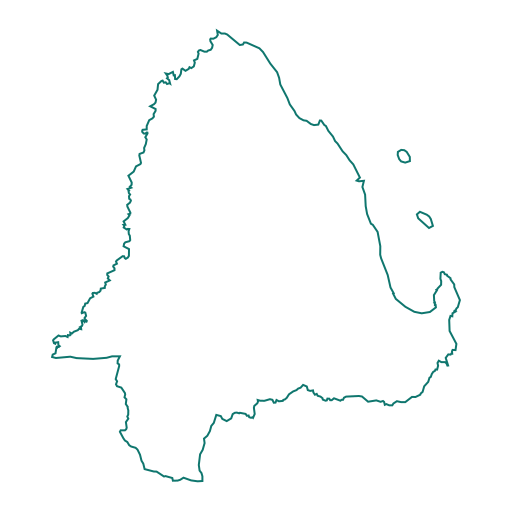 Kinondoni, Dar-Es-Salaam, United Republic of Tanzania
{"feature_id": "72390352B66429416458525", "entity_name": "Kinondoni", "entity_type": "district", "adm_level": 2, "iso_a3": "TZA", "parent_name": "United Republic of Tanzania", "parent_adm1": "Dar-Es-Salaam", "projection": "orthographic", "projection_center": [39.159, -6.719], "detail": "fine", "context": "isolated", "style": "outline", "palette": "teal", "viewbox_px": 512, "rotation_deg": 0, "n_neighbors": 0, "source": "geoboundaries", "source_scale": "gbopen_adm2", "svg_char_len": 6001}
<svg xmlns="http://www.w3.org/2000/svg" viewBox="0 0 512 512"><path d="M448.1,365.5L445.7,357.9L448.3,354.4L450.6,354.6L451.3,353.6L452.2,353.7L452.0,351.3L452.6,349.9L455.5,350.1L456.4,343.9L449.6,331.0L449.2,319.9L450.5,315.9L452.3,316.3L452.5,313.3L455.3,311.7L454.3,311.3L454.5,310.7L455.9,310.1L456.3,308.6L457.8,307.2L459.9,300.1L454.3,287.1L454.2,284.4L450.6,279.5L450.5,278.2L447.1,275.7L446.9,274.7L444.8,274.2L443.9,272.3L442.4,271.8L440.7,272.7L440.4,278.8L441.2,281.1L441.1,284.8L437.4,288.7L437.2,289.6L436.4,289.9L436.8,290.5L433.9,295.1L434.2,301.0L434.9,302.3L434.3,302.8L434.9,303.4L434.9,305.0L435.6,304.9L435.9,307.4L429.9,312.0L421.7,313.3L414.3,311.8L405.4,306.8L395.8,298.9L393.1,293.6L393.7,293.3L390.5,287.5L387.7,275.0L381.1,258.3L380.2,254.8L380.3,246.2L377.6,231.9L372.8,224.8L370.9,223.7L367.1,214.0L365.7,206.2L365.1,194.6L362.4,187.0L363.9,180.8L359.0,181.3L356.7,180.6L359.9,177.6L353.3,164.4L349.6,160.3L346.3,155.1L342.6,151.3L337.5,143.5L335.1,141.1L333.0,136.6L328.3,130.8L325.9,126.0L324.3,125.0L321.3,120.6L319.9,120.5L318.3,124.6L314.0,125.1L310.8,124.0L306.6,120.8L303.5,120.3L299.4,118.1L296.1,114.5L294.5,111.0L289.8,104.4L287.4,98.1L280.3,84.5L279.1,77.8L277.1,72.2L270.3,63.6L263.0,52.0L259.4,48.3L246.6,42.6L244.1,42.5L242.9,44.5L239.8,45.0L227.2,34.5L224.8,33.5L221.3,33.5L217.1,30.7L217.8,34.9L216.3,37.2L213.4,38.7L210.7,38.6L210.2,39.4L210.4,41.2L212.7,45.0L212.1,47.8L210.7,49.8L208.2,50.5L206.8,51.7L204.5,51.7L200.4,50.0L198.9,50.5L197.9,51.9L198.6,53.6L197.3,58.9L194.0,60.4L194.8,62.7L193.8,66.4L191.3,68.1L189.5,67.2L188.7,68.9L185.5,70.8L182.4,68.6L181.4,69.3L180.8,73.8L179.4,76.4L176.7,79.2L175.1,79.0L174.9,75.2L173.7,75.4L172.9,71.9L168.6,74.1L165.8,73.5L167.4,75.8L167.8,77.5L167.0,78.3L169.2,80.1L170.1,83.6L169.5,83.2L167.0,84.0L165.7,82.3L163.9,82.7L162.6,80.6L161.4,81.0L158.1,84.1L157.5,89.8L154.2,95.6L156.1,99.7L155.5,102.6L154.0,104.2L150.2,106.3L155.6,109.0L155.6,110.8L153.6,114.1L153.9,116.7L152.4,118.4L149.2,120.2L146.7,126.0L146.7,129.4L142.6,129.8L142.2,130.8L142.2,131.8L143.7,133.5L145.2,133.6L146.7,132.5L147.4,132.6L147.5,133.5L145.3,137.2L146.7,139.5L145.8,144.1L144.1,148.0L144.4,150.4L143.5,152.5L139.6,153.9L139.3,155.5L141.0,162.9L140.4,164.1L136.0,166.4L133.7,171.6L128.4,175.7L131.7,182.5L131.6,184.8L129.9,186.7L131.2,187.7L127.5,189.0L129.0,190.6L128.5,190.9L128.9,193.1L130.1,194.5L129.0,196.2L129.2,198.8L130.4,199.5L130.9,200.7L129.9,202.7L126.6,205.3L127.2,204.9L127.4,206.6L130.4,212.7L130.3,213.6L128.5,214.2L129.5,215.3L127.8,218.1L123.6,221.4L125.3,224.7L123.6,224.9L124.4,225.8L123.7,227.5L126.8,229.5L127.7,228.9L129.3,229.0L128.6,231.2L128.8,234.0L129.8,235.7L130.2,240.1L129.4,241.2L125.3,242.3L124.1,243.7L123.6,246.3L129.0,249.1L128.9,255.9L127.8,257.6L125.8,258.8L124.8,258.1L124.1,256.3L122.6,256.2L116.7,260.5L116.0,261.5L116.9,263.7L113.5,265.4L113.2,266.6L114.5,268.3L114.5,270.2L107.3,273.4L107.2,274.9L108.6,276.5L107.8,278.4L109.8,280.4L105.2,282.5L105.8,284.6L104.8,286.3L104.8,287.9L100.8,288.6L100.5,290.7L99.2,292.1L97.1,292.8L96.7,293.8L94.8,292.8L92.8,293.0L92.4,293.7L93.4,296.6L90.1,298.3L87.5,303.1L85.2,303.6L84.7,305.9L83.3,306.9L81.6,312.7L81.8,313.2L84.3,312.2L85.3,312.6L86.1,315.9L84.6,317.9L84.7,318.8L86.8,320.9L86.5,321.6L85.2,320.9L84.6,322.0L83.7,320.9L82.5,321.4L82.5,320.3L81.5,320.7L82.5,324.6L82.0,325.9L80.2,327.0L81.0,327.6L81.2,329.2L79.1,328.7L77.8,330.2L73.9,331.7L71.9,333.5L70.3,332.7L70.5,334.8L69.8,335.4L67.9,335.1L67.6,337.0L65.4,336.0L60.8,336.4L58.5,335.5L53.7,339.4L53.1,340.3L54.0,343.2L55.2,343.7L55.4,342.6L58.2,342.2L58.4,345.2L59.7,346.2L58.7,347.0L57.0,346.8L57.0,347.7L56.4,347.6L55.5,353.3L52.7,354.6L52.1,357.0L55.9,358.0L70.3,356.7L76.6,358.1L93.1,358.9L106.6,357.8L112.2,356.3L119.9,356.3L117.7,360.6L117.6,363.4L119.1,364.4L119.2,366.0L115.7,379.1L117.1,381.3L116.0,384.3L117.0,386.2L121.3,387.6L124.9,393.0L125.2,394.5L124.5,397.3L126.4,399.3L125.8,404.0L127.6,406.7L127.9,406.3L127.6,407.7L128.3,410.5L128.2,414.7L127.3,416.5L128.3,418.7L125.9,422.1L126.7,427.7L126.2,429.2L125.0,430.3L120.7,430.3L119.9,431.8L123.4,438.3L124.9,440.5L127.3,442.0L129.2,445.2L131.1,446.5L135.6,447.8L137.5,449.6L140.0,454.7L141.5,460.7L143.3,463.7L144.6,469.1L153.8,471.5L156.6,471.6L164.0,476.5L165.5,476.1L172.3,478.0L172.9,480.7L177.6,480.6L180.2,479.8L183.5,477.7L191.1,480.4L197.6,481.3L202.4,481.0L202.4,476.3L201.5,473.1L199.6,470.6L198.8,465.0L200.1,454.3L202.7,449.8L204.6,443.1L204.0,438.6L207.3,435.8L209.9,431.1L211.3,425.9L213.8,422.9L216.3,414.9L220.8,416.1L222.3,418.9L226.7,421.1L231.2,418.4L232.7,414.1L234.8,412.8L236.8,412.6L239.2,413.3L239.9,412.8L245.6,413.9L246.9,415.8L248.6,415.5L249.2,417.2L251.1,417.8L252.3,417.3L253.0,417.9L254.7,414.0L253.9,407.8L254.3,405.9L257.3,403.3L258.0,401.6L257.7,400.0L260.1,400.7L264.4,400.8L269.9,399.2L272.4,399.8L273.8,402.7L275.5,402.6L276.5,400.0L278.9,401.3L282.8,400.9L283.3,399.9L284.8,399.5L286.7,397.9L289.0,394.3L293.2,391.4L296.5,390.1L298.1,388.6L300.6,387.7L303.1,384.9L306.8,386.5L307.8,390.1L310.2,390.9L313.0,390.4L313.4,392.5L314.9,394.7L316.7,393.9L317.7,395.8L320.5,396.6L322.5,398.2L322.8,399.6L325.6,400.7L326.8,400.4L327.4,398.6L329.3,398.7L330.2,400.2L331.7,400.2L334.0,398.3L340.4,400.7L341.5,399.8L343.0,399.8L344.0,397.7L346.1,396.6L358.9,396.0L362.0,396.5L368.1,401.7L376.3,400.4L380.6,401.8L383.0,401.0L384.1,401.9L384.8,404.8L386.3,404.1L389.2,405.3L392.3,405.3L393.4,403.5L396.9,401.2L401.0,402.1L405.3,402.1L412.0,396.9L415.5,397.0L420.3,394.7L420.7,393.5L422.6,391.9L424.2,386.3L428.2,381.9L429.5,377.7L430.8,376.9L431.8,374.0L433.2,371.9L434.9,370.9L435.5,369.5L437.1,369.6L438.1,365.7L437.5,363.0L438.8,360.7L441.3,362.1L445.0,362.1L446.5,363.4L447.4,365.6L448.1,365.5ZM432.9,225.9L430.8,219.0L429.2,216.5L426.8,214.7L419.9,211.8L416.9,214.4L418.2,218.3L429.0,228.0L432.9,225.9ZM409.9,161.1L409.8,156.9L406.7,151.9L404.3,150.2L401.2,149.9L397.9,151.9L397.7,155.0L399.2,159.1L401.1,161.4L405.2,162.6L409.9,161.1Z" fill="none" stroke="#0f766e" stroke-width="2"/></svg>